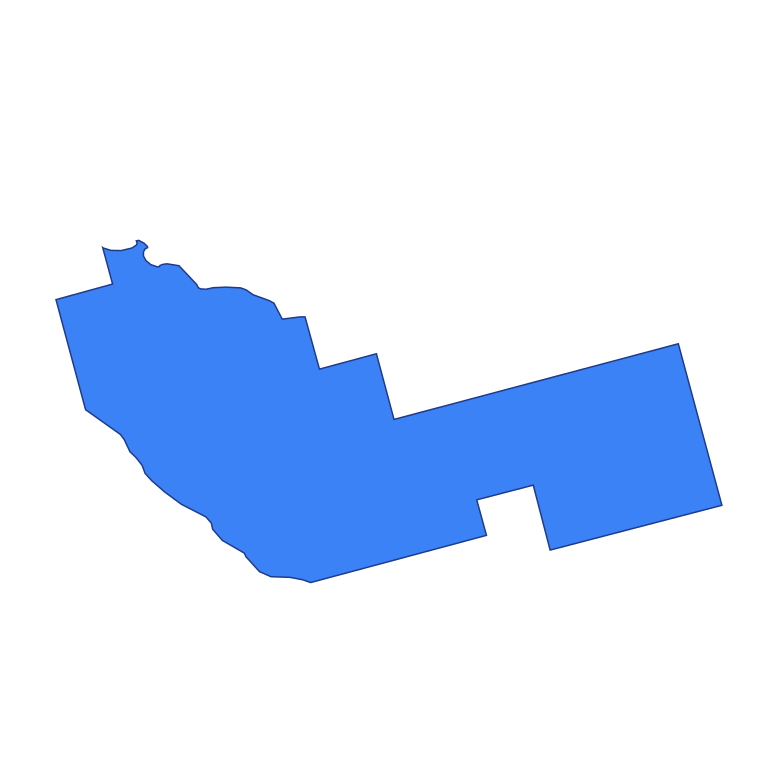 outline of Houghton, Michigan, United States of America, rotated 255°
{"feature_id": "52423323B54374789606174", "entity_name": "Houghton", "entity_type": "district", "adm_level": 2, "iso_a3": "USA", "parent_name": "United States of America", "parent_adm1": "Michigan", "projection": "natural_earth1", "projection_center": [-88.506, 46.853], "detail": "fine", "context": "isolated", "style": "filled", "palette": "blue", "viewbox_px": 768, "rotation_deg": 255, "n_neighbors": 0, "source": "geoboundaries", "source_scale": "gbopen_adm2", "svg_char_len": 1009}
<svg xmlns="http://www.w3.org/2000/svg" viewBox="0 0 768 768"><g transform="rotate(255 384 384)"><path d="M346.7,678.7L347.2,384.5L415.2,384.5L415.1,325.5L469.3,325.1L470.6,319.9L473.0,302.5L490.6,298.6L494.1,294.9L504.2,280.5L510.5,275.3L513.9,270.5L518.4,256.6L521.2,244.1L521.6,236.6L523.3,231.6L525.0,229.6L528.6,228.8L551.3,216.6L556.2,205.7L556.8,201.7L556.5,198.3L555.6,197.5L555.8,195.4L559.7,189.6L564.9,186.0L569.8,184.8L573.9,185.9L576.3,188.2L576.9,190.9L578.0,191.1L582.1,188.7L586.2,184.3L586.4,181.8L583.8,182.0L582.3,180.8L580.6,175.8L580.9,164.7L583.7,154.9L587.9,148.2L588.6,147.6L550.8,147.7L550.4,89.0L436.4,89.1L403.5,116.3L397.6,118.7L384.3,121.1L377.0,125.5L368.0,129.3L359.5,130.1L350.9,134.5L336.3,144.3L320.2,157.2L301.7,177.6L294.4,181.2L288.1,180.9L274.7,187.4L256.8,205.3L253.0,205.9L234.9,215.2L227.1,225.0L221.5,243.3L215.9,254.9L211.2,261.7L211.3,443.8L248.1,443.6L247.7,502.0L180.6,501.5L179.4,679.0L346.7,678.7Z" fill="#3b82f6" stroke="#1e3a8a" stroke-width="1.5"/></g></svg>